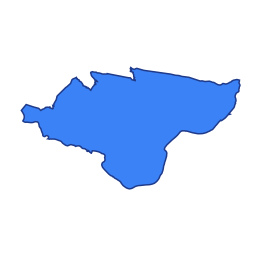 outline of Juanacatlán, Jalisco, Mexico, rotated 275°
{"feature_id": "50627088B972054417519", "entity_name": "Juanacatlán", "entity_type": "district", "adm_level": 2, "iso_a3": "MEX", "parent_name": "Mexico", "parent_adm1": "Jalisco", "projection": "equal_earth", "projection_center": [-103.138, 20.486], "detail": "fine", "context": "isolated", "style": "filled", "palette": "blue", "viewbox_px": 256, "rotation_deg": 275, "n_neighbors": 0, "source": "geoboundaries", "source_scale": "gbopen_adm2", "svg_char_len": 5747}
<svg xmlns="http://www.w3.org/2000/svg" viewBox="0 0 256 256"><g transform="rotate(275 128 128)"><path d="M185.4,234.9L185.8,232.3L184.7,228.6L184.4,228.4L183.9,227.4L183.3,227.0L182.7,226.2L182.2,225.0L181.6,224.5L180.7,222.8L180.3,221.6L180.6,219.5L180.5,218.4L179.8,217.8L179.0,216.6L178.8,215.2L179.0,213.8L179.8,211.8L180.4,210.7L180.9,209.4L180.9,208.2L181.4,206.6L181.7,205.2L181.6,204.2L181.0,200.6L181.3,198.9L181.4,197.5L181.1,196.1L181.3,194.9L183.8,184.3L184.1,177.1L184.7,174.3L184.7,170.5L185.4,165.7L186.8,138.8L187.7,134.1L188.2,131.6L187.9,130.8L187.0,129.3L187.3,127.4L187.3,126.7L187.7,126.7L188.5,125.5L187.2,125.1L186.5,125.8L186.3,126.0L186.0,126.3L185.7,126.4L185.4,126.3L185.3,125.7L185.0,125.4L184.7,125.4L184.6,125.6L184.3,126.3L184.3,126.8L183.9,128.3L183.6,128.3L183.3,128.1L183.0,128.2L182.0,128.8L181.6,128.9L181.4,129.1L179.8,129.2L179.3,129.6L178.8,130.2L178.4,130.0L178.3,129.6L177.3,129.6L177.0,129.9L176.7,130.5L176.4,131.1L175.9,131.1L176.1,130.4L175.9,129.9L176.2,129.1L176.4,127.7L177.2,127.0L177.9,126.3L178.2,125.9L178.1,124.7L178.3,121.9L179.0,115.6L179.9,106.8L180.4,102.5L180.0,102.4L179.8,101.3L179.8,100.2L179.6,98.9L179.6,97.5L179.9,96.7L180.2,95.1L180.3,94.3L180.2,92.5L180.7,91.9L180.8,91.1L180.7,89.2L181.0,87.4L180.7,87.1L180.2,86.1L179.5,86.0L179.3,86.1L179.2,86.3L177.2,86.9L176.1,87.8L175.5,88.4L174.8,89.3L174.1,89.9L173.5,90.7L173.0,90.8L172.7,90.9L172.7,92.1L172.3,92.7L171.7,93.2L171.8,91.3L170.8,91.1L170.7,91.2L170.0,91.0L169.8,91.7L169.1,92.0L168.6,92.0L168.3,90.7L167.4,90.5L166.2,89.5L165.5,89.1L164.2,88.4L163.4,88.2L162.3,87.6L162.6,87.1L163.6,86.4L163.8,85.7L164.6,84.7L164.2,84.6L164.6,82.8L165.1,82.8L165.3,82.9L165.7,82.0L165.7,81.2L166.1,80.5L166.2,79.5L167.4,79.3L167.7,78.9L168.5,78.5L168.9,77.9L170.0,77.0L170.4,75.5L171.1,75.4L171.5,75.1L171.8,74.7L171.8,74.1L172.1,73.6L172.3,73.2L172.7,73.2L172.8,72.6L173.9,72.2L172.8,70.4L172.5,69.6L171.9,68.7L171.3,68.1L170.8,67.8L170.3,67.8L169.6,67.5L168.0,67.1L167.4,66.9L166.0,65.6L165.1,64.8L164.4,64.1L163.6,63.4L163.0,62.5L160.6,60.5L154.0,54.9L153.3,54.5L151.6,54.3L149.9,54.0L147.0,52.7L145.7,52.1L144.1,52.1L144.0,51.1L143.6,51.3L143.6,52.0L143.3,52.1L143.3,51.3L141.0,51.7L140.7,51.4L140.8,51.0L140.6,50.9L140.7,50.7L140.9,49.6L141.2,49.3L141.3,49.1L141.3,48.3L141.7,48.2L142.1,48.2L141.7,47.1L141.7,45.4L141.5,45.0L141.4,45.0L141.2,44.6L141.3,44.5L141.3,44.0L140.4,43.3L139.9,42.8L139.0,40.7L138.5,40.5L137.9,39.6L139.8,37.3L140.7,32.2L142.5,24.5L136.2,20.2L134.5,21.6L132.0,23.2L130.7,23.6L129.4,23.7L128.6,23.7L127.1,23.2L126.1,22.7L125.8,22.7L125.8,23.0L125.0,24.0L124.9,24.5L124.8,25.8L125.0,26.5L124.9,31.0L125.2,32.7L126.2,35.0L126.2,37.2L125.8,37.9L124.8,38.6L123.6,39.0L121.7,39.5L120.7,40.3L119.7,41.3L119.2,41.4L118.8,41.6L118.4,41.7L116.2,42.7L115.0,43.4L114.0,43.7L112.9,43.9L112.3,44.8L112.2,45.2L112.2,45.9L113.0,46.8L113.4,47.7L113.3,48.2L112.9,49.1L112.2,49.7L111.1,49.6L110.6,49.4L110.3,49.1L110.3,49.5L110.1,49.9L110.0,50.8L110.2,51.4L110.3,51.8L110.3,53.0L110.5,54.2L110.5,56.4L110.0,58.8L109.6,59.7L109.6,60.0L109.4,61.1L108.8,62.7L107.7,63.7L107.2,64.2L105.6,66.9L105.3,67.6L105.0,69.3L105.1,69.6L106.2,71.7L106.5,72.7L106.0,75.5L106.0,75.9L106.0,76.3L105.7,76.7L105.4,76.9L105.1,77.2L105.8,79.2L105.9,80.0L105.9,80.8L105.8,81.3L105.6,82.0L105.3,82.4L105.3,82.6L105.1,82.9L104.9,82.9L104.1,83.8L104.0,84.1L103.8,84.4L103.7,84.6L103.7,84.8L103.6,85.2L103.6,86.3L103.4,87.2L102.4,88.7L102.2,89.7L101.7,89.1L101.4,89.1L101.2,89.6L101.2,89.9L101.3,90.5L101.6,90.9L101.6,91.2L100.7,91.9L100.1,93.1L99.7,93.4L99.7,93.7L102.2,94.5L102.2,97.3L101.9,99.9L101.6,101.3L101.3,102.2L101.0,102.7L100.9,103.1L100.4,104.0L100.2,104.3L100.1,105.5L100.0,105.8L99.7,106.5L99.4,106.9L98.9,107.3L98.2,107.6L97.7,107.6L96.6,107.3L96.3,107.4L96.1,107.5L95.3,107.7L95.0,107.7L94.5,107.9L94.2,107.9L93.6,107.8L92.6,107.3L91.3,105.6L89.9,105.1L88.8,105.1L86.8,106.0L86.2,106.5L84.6,108.1L80.5,112.8L79.7,114.0L79.2,114.7L78.7,116.2L78.7,116.4L78.4,117.0L78.1,117.1L78.2,117.6L77.8,118.1L77.2,118.7L76.8,119.3L76.1,121.1L75.4,122.3L74.4,124.3L73.1,125.8L72.7,125.9L72.2,126.3L70.2,128.2L68.8,130.5L68.2,131.6L67.7,133.3L67.5,134.9L68.1,136.8L68.6,137.8L70.3,140.2L70.9,141.5L71.5,143.3L71.9,145.6L72.7,149.7L73.0,151.3L73.1,152.3L73.6,155.1L74.4,157.4L75.3,159.1L76.1,160.1L77.7,161.6L79.9,163.0L81.1,163.5L82.6,163.9L84.4,164.7L84.5,164.9L85.8,165.7L89.1,166.5L91.1,166.7L93.1,166.8L95.6,167.4L97.1,167.5L97.9,167.8L100.2,168.3L101.4,168.5L102.7,168.8L103.1,168.8L103.4,168.9L104.7,168.8L106.0,168.9L106.9,168.7L107.7,168.3L108.3,167.8L108.9,166.9L109.9,166.1L111.7,166.4L114.6,168.2L120.1,173.1L123.1,176.1L125.3,178.0L128.2,180.0L129.0,180.7L129.5,181.4L129.9,182.2L129.8,182.3L130.0,183.2L130.1,184.6L130.0,185.4L129.9,185.7L130.1,186.1L130.0,186.6L130.0,187.2L129.6,189.2L129.5,189.8L129.4,190.1L129.2,191.2L129.1,191.8L128.9,192.6L128.8,193.9L128.5,196.6L128.4,198.1L128.5,199.6L128.9,202.5L129.1,203.3L129.9,205.6L130.4,206.7L131.3,208.1L131.6,208.8L131.9,209.4L132.3,210.0L132.6,210.2L133.1,211.0L133.3,211.5L133.7,212.1L134.5,212.9L134.8,213.1L135.2,213.3L135.7,213.6L135.9,213.9L137.8,215.0L138.8,215.9L139.0,216.0L140.1,216.8L140.6,217.1L142.2,218.2L142.8,218.9L143.0,218.9L143.8,219.5L143.5,220.5L145.3,222.7L146.6,224.1L149.8,226.5L150.7,227.6L150.4,228.2L150.6,228.5L150.8,227.6L151.0,227.2L152.4,228.2L154.6,229.8L157.4,231.7L158.4,232.1L160.5,232.4L162.1,233.0L162.5,232.7L163.0,232.7L163.5,232.9L163.8,233.1L164.6,233.2L165.8,233.0L167.3,232.5L168.1,232.0L169.9,232.0L170.5,232.2L172.3,232.9L173.7,234.9L174.5,235.3L176.0,235.0L176.6,235.1L177.2,235.3L178.5,235.3L179.8,235.8L180.1,235.8L180.8,235.7L182.6,234.6L184.1,234.9L184.7,234.8L185.4,234.9Z" fill="#3b82f6" stroke="#1e3a8a" stroke-width="1.5"/></g></svg>